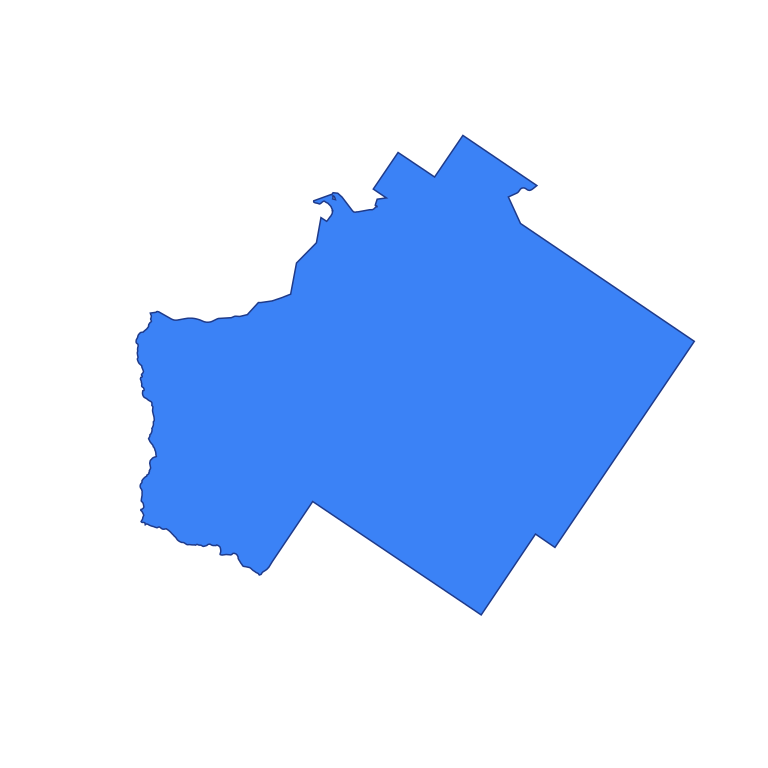 the district of Katherine, Northern Territory, Australia, rotated 304°
{"feature_id": "25037944B85754900082747", "entity_name": "Katherine", "entity_type": "district", "adm_level": 2, "iso_a3": "AUS", "parent_name": "Australia", "parent_adm1": "Northern Territory", "projection": "albers", "projection_center": [132.094, -14.65], "detail": "fine", "context": "isolated", "style": "filled", "palette": "blue", "viewbox_px": 768, "rotation_deg": 304, "n_neighbors": 0, "source": "geoboundaries", "source_scale": "gbopen_adm2", "svg_char_len": 6088}
<svg xmlns="http://www.w3.org/2000/svg" viewBox="0 0 768 768"><g transform="rotate(304 384 384)"><path d="M317.9,157.1L317.4,155.6L316.8,155.0L316.0,154.9L312.1,150.6L311.1,151.8L310.7,152.7L310.3,153.1L309.3,153.6L308.7,153.8L308.1,154.1L307.5,154.1L307.0,154.6L306.5,155.5L306.4,155.6L306.0,156.1L304.6,156.0L304.0,155.7L301.9,155.7L301.5,155.8L300.3,156.4L300.1,156.6L299.9,156.7L298.4,156.6L296.9,156.5L293.9,155.6L292.6,155.4L292.3,155.2L290.7,153.5L290.2,153.2L289.2,153.2L288.3,152.9L287.3,152.9L286.0,153.2L285.1,153.6L284.0,153.8L282.5,153.9L281.9,154.0L280.3,154.9L279.7,155.5L279.5,156.0L279.4,157.4L279.2,157.9L278.6,158.5L278.2,158.8L277.5,159.2L276.6,159.4L274.9,160.3L273.6,161.4L271.9,162.0L271.4,162.4L270.0,163.7L268.7,165.1L268.3,165.3L266.8,165.5L266.2,166.1L264.9,167.9L264.1,169.5L263.6,173.0L262.6,173.8L260.4,177.0L259.9,177.6L259.0,177.8L258.0,177.9L256.4,177.6L255.6,178.2L255.4,179.1L254.8,179.5L254.0,179.2L253.5,178.7L252.0,179.2L251.5,179.8L250.6,181.2L250.0,181.7L249.5,182.1L249.2,182.6L248.6,183.2L247.3,183.9L246.7,184.4L246.5,184.7L246.4,185.1L246.4,186.6L246.0,187.3L245.7,187.8L245.2,188.3L244.4,188.6L243.5,187.8L241.7,188.7L240.8,189.3L239.9,190.3L239.1,191.7L238.9,192.4L238.9,193.7L239.1,194.9L239.1,195.5L238.9,196.9L238.9,199.1L239.1,200.1L239.0,201.3L238.6,202.1L237.5,202.9L236.4,203.5L236.0,204.9L235.7,205.3L232.8,206.8L231.9,207.5L229.9,209.6L228.2,211.6L227.4,212.3L225.8,213.6L225.1,214.0L223.7,213.9L221.6,215.4L220.4,216.0L219.7,216.0L219.0,216.3L217.3,216.4L216.7,217.1L214.8,218.1L213.6,218.4L212.3,218.6L211.5,218.4L211.1,218.3L210.1,218.9L209.2,219.2L207.0,219.4L206.0,221.2L205.4,222.2L204.9,223.5L204.0,226.6L202.9,227.9L202.9,228.6L201.9,230.3L201.0,231.2L200.4,232.2L198.9,233.7L198.0,234.3L197.5,234.8L196.7,235.8L196.1,235.6L195.1,234.6L193.6,233.7L192.5,233.4L191.7,233.4L190.6,233.1L189.6,233.1L189.1,233.3L187.3,234.1L184.1,237.3L183.6,237.6L182.7,237.8L181.0,237.9L180.3,238.5L179.6,238.6L179.3,238.5L178.8,239.0L178.5,239.1L177.7,239.1L177.1,238.9L176.1,238.4L175.8,238.4L174.9,238.8L174.0,238.3L172.6,237.8L170.9,237.5L169.9,237.4L168.5,237.4L167.2,238.3L166.3,238.4L165.2,238.2L164.5,238.3L163.6,238.6L162.9,239.0L162.3,239.5L161.7,240.3L161.0,242.0L159.7,243.6L158.6,244.2L156.6,245.6L153.0,247.2L151.3,248.1L150.6,250.6L150.2,251.3L148.0,253.5L147.4,253.8L146.6,253.9L145.6,253.6L144.7,253.3L144.2,252.7L143.5,252.8L143.3,253.0L143.2,253.3L143.0,254.6L141.7,257.0L140.9,258.2L138.5,258.7L136.9,259.4L134.2,259.5L133.9,260.1L134.0,260.9L134.9,262.2L135.2,263.3L135.0,263.6L133.8,264.8L134.9,265.2L135.2,265.4L135.7,266.8L135.7,268.2L136.2,270.6L137.0,272.9L137.2,274.0L137.8,276.0L138.2,276.5L138.7,276.7L139.3,277.1L139.8,277.6L139.9,278.0L139.9,279.1L139.8,279.6L139.8,281.2L140.1,282.1L140.7,282.9L142.2,284.4L142.2,287.3L141.9,289.7L141.2,292.6L141.0,293.8L140.6,295.2L140.4,296.8L140.0,298.0L139.3,299.7L139.1,301.1L139.1,302.5L139.4,304.5L139.7,305.2L140.3,306.1L140.6,307.1L140.6,310.0L140.8,310.8L142.2,312.7L143.0,314.3L144.0,316.0L144.7,316.8L144.8,317.6L145.3,318.0L146.5,318.6L147.0,320.8L147.6,321.6L148.1,322.8L148.1,324.3L148.3,325.0L149.2,325.9L150.4,326.9L151.3,327.5L152.0,327.6L152.7,327.9L153.0,328.2L153.9,329.2L154.1,331.4L154.2,331.9L154.9,333.3L155.5,334.0L156.0,335.0L156.7,335.1L157.0,335.3L157.2,336.0L157.4,337.4L157.3,338.1L157.1,339.3L156.1,340.5L154.9,341.6L153.9,342.3L153.2,342.6L151.6,343.1L151.0,343.5L151.1,344.1L151.3,344.7L151.8,345.6L154.4,348.5L156.3,351.9L156.7,352.6L157.7,353.2L158.5,353.3L159.1,353.5L159.6,354.1L160.0,354.7L160.0,355.1L160.3,355.9L160.3,357.0L160.1,357.7L159.3,359.4L158.9,359.8L157.7,360.8L157.1,361.9L156.4,363.6L155.6,365.1L154.8,367.4L154.7,367.5L154.2,368.8L154.2,369.3L154.6,370.3L155.0,371.0L156.5,374.8L156.7,375.4L156.7,376.5L156.2,379.8L156.3,381.3L156.2,383.3L156.3,384.0L156.5,384.9L156.5,385.9L155.9,387.4L157.3,388.5L157.8,388.6L158.9,388.5L159.8,388.5L160.7,388.8L163.4,390.0L164.8,390.5L166.2,390.8L167.1,390.8L167.4,391.0L174.4,390.7L246.7,390.6L246.9,593.7L344.3,593.5L344.1,617.1L445.5,617.2L592.9,617.4L593.4,407.4L608.6,382.5L616.1,387.1L617.2,387.7L618.4,388.0L620.4,388.1L620.8,388.1L621.8,388.1L622.7,388.4L623.5,388.8L624.1,389.4L624.6,390.0L625.0,390.9L625.2,391.8L625.2,393.9L625.2,394.6L625.5,395.5L625.9,396.4L626.3,396.8L627.6,397.7L629.5,398.4L634.0,399.8L634.2,310.4L583.9,310.2L583.8,266.2L539.6,266.1L539.6,281.9L533.4,275.0L528.5,276.4L527.3,276.8L527.5,278.6L527.1,279.1L526.0,278.1L524.9,278.0L523.2,277.6L521.9,276.8L521.4,276.0L520.4,274.6L512.2,266.2L511.3,265.0L510.3,264.1L509.7,262.6L510.0,260.9L515.5,244.7L516.0,241.1L516.3,239.0L514.1,234.8L512.5,234.9L496.6,223.3L496.0,223.6L495.7,223.9L495.5,224.3L495.6,225.1L495.8,225.9L496.5,227.5L496.7,228.1L497.1,229.6L497.2,229.9L497.8,230.3L499.1,230.8L500.5,231.1L501.0,231.3L501.8,231.8L502.1,232.0L502.2,232.4L502.3,232.8L502.2,233.0L502.2,233.9L502.2,234.7L502.4,235.7L502.5,236.3L502.3,237.3L502.1,238.2L501.9,239.3L501.5,240.8L501.3,241.1L500.9,241.6L500.4,242.5L499.1,244.5L498.8,244.7L498.6,244.7L498.4,244.6L498.2,244.6L498.5,244.6L498.6,244.8L498.3,244.9L498.2,244.8L498.2,244.7L498.1,244.8L497.7,245.1L497.1,245.4L496.4,245.7L496.1,245.8L495.5,245.8L494.6,245.9L493.5,246.0L492.2,245.8L488.4,245.7L486.8,245.5L486.7,238.7L463.3,249.0L435.4,243.8L406.2,256.4L405.3,255.7L397.9,250.6L390.2,244.7L382.7,236.4L381.3,234.3L365.9,232.0L365.3,232.1L359.8,227.1L359.4,226.7L359.1,226.3L357.4,223.3L356.9,222.6L356.3,222.1L354.2,220.7L353.8,220.5L353.4,220.1L345.9,210.3L345.5,209.9L344.7,209.3L339.7,206.4L338.5,205.5L337.4,204.3L336.9,203.7L336.1,202.5L335.7,201.7L335.4,200.9L335.1,200.2L334.9,199.3L334.2,195.6L333.5,193.3L332.7,191.1L332.2,190.0L331.6,188.8L330.9,187.6L329.9,186.1L329.0,184.8L328.2,183.9L326.7,182.3L321.5,177.0L321.1,176.5L320.6,175.9L320.2,175.2L319.8,174.5L319.5,173.8L319.3,173.0L319.1,172.1L319.0,171.5L318.0,158.6L317.9,157.1ZM509.7,240.7L508.7,237.9L510.2,237.4L510.5,237.2L511.1,236.5L511.2,236.3L511.7,236.9L511.6,237.3L511.6,237.8L511.5,238.2L510.6,239.6L509.7,240.7Z" fill="#3b82f6" stroke="#1e3a8a" stroke-width="1.5"/></g></svg>